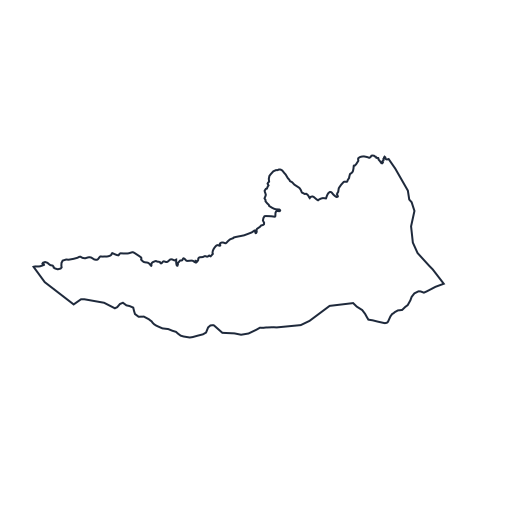 Dalipebinaw, Federated States of Micronesia, rotated 42°
{"feature_id": "79324940B90066431308454", "entity_name": "Dalipebinaw", "entity_type": "district", "adm_level": 2, "iso_a3": "FSM", "parent_name": "Federated States of Micronesia", "parent_adm1": "", "projection": "albers", "projection_center": [138.079, 9.514], "detail": "fine", "context": "isolated", "style": "outline", "palette": "slate", "viewbox_px": 512, "rotation_deg": 42, "n_neighbors": 0, "source": "geoboundaries", "source_scale": "gbopen_adm2", "svg_char_len": 6138}
<svg xmlns="http://www.w3.org/2000/svg" viewBox="0 0 512 512"><g transform="rotate(42 256 256)"><path d="M414.1,151.0L396.2,147.7L391.3,147.4L374.1,145.7L363.6,141.1L351.4,130.2L343.6,116.5L335.7,111.9L332.1,111.5L325.1,105.8L301.1,97.9L289.7,95.2L289.0,96.3L288.3,96.9L287.3,97.1L286.6,96.7L286.2,96.2L285.1,96.2L285.2,97.1L286.0,97.5L285.7,98.6L286.8,99.7L286.5,100.7L286.7,101.4L287.7,101.6L287.8,102.6L287.1,103.1L286.1,102.9L284.8,102.6L282.5,102.3L282.1,101.9L281.3,101.4L280.5,101.9L279.8,102.5L279.3,102.3L278.5,102.1L277.9,102.5L276.7,102.5L275.9,103.0L275.2,103.5L274.7,104.2L274.9,106.1L274.4,107.3L272.8,107.9L271.5,108.6L269.5,109.8L268.2,111.2L267.3,112.5L266.9,113.4L266.6,114.9L266.9,115.5L267.5,116.1L268.1,116.5L268.4,117.0L268.5,117.7L269.0,120.8L268.9,122.8L268.7,123.1L268.3,123.3L268.3,123.6L269.8,125.6L271.1,127.8L271.4,128.6L271.5,129.5L271.4,130.8L271.0,131.9L271.3,132.8L272.2,134.5L272.5,135.1L272.8,135.4L273.0,135.8L273.3,138.0L273.9,139.5L273.9,139.9L273.6,140.3L272.0,141.6L271.7,142.1L271.6,142.5L271.6,144.2L271.6,146.1L272.0,149.4L272.2,150.3L274.2,153.4L274.3,154.5L274.8,155.6L274.8,155.9L276.6,156.7L277.0,157.0L277.0,157.3L276.8,157.7L276.5,158.2L276.0,158.4L274.3,158.6L272.4,158.6L269.9,158.2L269.1,158.3L268.5,158.6L268.1,158.9L267.9,159.6L267.7,160.9L268.0,162.5L268.6,164.3L269.5,166.3L269.1,166.7L268.1,167.3L266.8,168.4L265.9,169.8L265.2,171.4L264.9,172.5L264.9,173.0L264.6,173.2L262.8,173.4L259.4,173.5L258.2,173.9L257.9,174.2L257.0,175.6L257.2,177.0L256.5,176.9L254.3,176.1L252.7,176.0L251.6,176.2L251.0,177.0L250.5,177.4L249.0,177.7L248.3,178.0L247.6,178.1L246.8,177.8L245.5,177.1L243.5,176.5L242.6,176.4L241.8,176.5L236.7,177.3L233.5,177.0L231.2,177.6L229.5,177.0L227.7,176.9L223.5,175.6L221.4,175.4L219.7,175.1L218.2,174.9L216.5,175.3L215.2,176.3L214.6,177.7L213.4,178.8L213.3,179.0L212.2,181.5L212.2,185.6L212.4,187.6L213.2,188.9L213.9,190.1L216.0,192.0L215.9,193.4L216.2,194.5L218.1,195.2L218.2,196.4L219.0,198.6L218.4,199.5L218.6,200.9L218.8,201.8L219.8,202.5L221.0,203.1L222.4,204.0L223.0,205.3L223.5,206.8L223.8,207.5L225.6,208.0L226.5,209.0L229.2,209.4L231.2,209.4L232.3,210.0L235.7,209.4L237.8,208.8L239.5,208.0L240.9,206.9L242.3,205.8L242.9,205.8L243.4,205.9L243.6,206.5L243.6,206.8L243.3,207.1L243.1,207.3L241.7,208.3L241.3,208.7L241.2,209.2L241.2,209.7L241.6,210.9L243.6,213.3L243.8,213.8L243.6,214.3L241.1,216.0L238.6,218.0L236.3,220.0L235.7,220.8L236.1,222.8L236.4,223.3L237.4,225.0L239.8,225.9L240.7,227.1L240.4,228.4L239.4,229.8L239.4,231.8L238.6,235.1L238.8,236.0L239.2,236.5L240.3,237.5L240.6,238.2L240.7,238.9L240.5,239.2L239.9,239.1L238.4,237.9L238.1,237.8L237.8,238.1L237.1,241.2L235.2,245.0L233.2,248.8L232.5,249.7L231.2,251.5L230.1,252.9L228.1,255.6L227.1,257.1L227.0,257.5L227.2,257.9L225.9,260.3L225.5,261.3L225.2,264.0L225.2,265.7L225.0,266.7L224.6,267.1L222.7,267.9L221.7,268.7L221.1,269.7L220.9,270.6L221.1,271.4L221.3,271.6L222.2,271.8L222.4,272.2L222.3,272.4L222.0,272.8L220.3,273.5L219.9,274.0L219.6,274.7L219.5,275.7L219.6,277.7L219.9,279.4L220.4,280.9L221.1,282.1L221.7,282.9L222.5,283.3L222.5,286.6L221.7,286.9L220.9,287.0L220.5,288.7L220.2,289.1L219.8,289.4L218.7,289.9L218.2,290.2L217.9,290.6L217.2,292.3L216.3,293.3L215.4,294.2L214.9,294.9L214.7,295.5L214.7,296.0L214.9,296.6L215.8,297.8L215.9,298.4L216.0,300.0L215.9,300.5L215.2,299.9L214.6,299.8L214.3,300.0L214.8,300.8L214.9,301.3L214.5,301.6L212.8,301.7L212.0,302.0L211.1,302.6L208.5,305.4L207.8,305.9L207.1,306.1L205.2,305.9L203.8,306.1L203.6,306.4L203.6,306.8L204.0,308.5L203.7,309.1L202.9,309.8L202.6,310.3L202.7,312.0L202.5,313.4L203.6,314.5L204.1,315.8L203.8,316.0L203.4,316.0L202.3,315.3L201.1,314.3L199.1,312.1L199.0,312.3L198.5,313.7L197.9,314.0L196.1,314.6L195.3,315.1L194.6,316.0L194.4,317.3L194.3,318.5L194.1,319.5L193.7,320.2L193.1,320.7L191.5,321.4L190.9,321.8L190.6,322.6L190.7,324.1L190.6,324.7L190.3,325.1L189.8,325.2L188.8,324.8L188.5,324.9L187.5,325.4L186.5,326.2L185.0,326.7L184.5,327.4L184.0,328.4L183.4,329.7L183.3,330.5L183.3,331.1L183.5,331.8L184.7,333.1L184.7,333.4L184.1,333.5L183.0,333.2L181.6,333.1L180.3,333.3L179.2,333.9L178.0,334.8L176.7,335.5L175.3,335.7L173.3,335.6L173.0,335.5L172.5,334.6L172.1,334.2L171.7,334.0L171.2,334.0L169.2,334.2L164.0,335.0L162.6,335.3L161.8,335.7L161.2,336.5L159.7,339.0L158.9,340.0L156.3,342.4L153.7,344.5L153.4,344.8L153.2,345.8L153.2,346.2L153.4,347.2L153.3,347.6L151.9,348.4L150.1,349.1L147.3,350.0L147.2,350.2L147.2,350.7L147.6,351.5L147.6,352.5L147.3,353.5L146.5,354.9L145.6,356.1L144.9,356.8L144.1,357.4L142.1,359.4L141.0,360.1L140.6,360.6L140.5,361.6L140.7,363.9L140.6,364.7L140.2,365.3L139.6,365.9L138.1,366.8L134.6,367.4L133.2,368.2L132.2,369.3L131.6,370.3L130.5,372.1L128.3,373.5L126.0,374.0L125.2,374.9L124.5,376.8L122.3,380.2L119.2,384.2L117.3,385.6L115.4,388.8L116.1,391.3L117.8,393.4L119.2,394.6L119.2,396.1L117.6,398.5L115.1,399.7L114.0,399.9L113.4,400.0L112.7,399.4L111.3,399.2L109.3,400.4L107.4,400.6L105.6,400.6L103.3,401.6L102.2,403.5L102.4,404.6L103.5,404.9L104.7,403.7L103.7,405.9L102.4,408.2L101.1,409.6L99.2,411.2L98.1,412.5L97.9,412.9L116.5,416.8L152.9,414.0L154.9,405.3L157.4,403.0L174.4,392.4L186.1,389.3L187.1,386.9L187.0,382.7L188.4,379.8L192.7,379.4L195.5,377.8L199.3,376.5L202.2,378.5L204.9,380.1L209.4,379.7L213.2,376.1L218.7,374.7L220.7,374.6L222.1,374.4L223.8,374.8L226.0,374.9L228.4,374.5L231.0,373.7L234.9,372.4L239.7,369.0L243.9,367.5L247.3,365.9L250.0,365.9L253.3,365.6L256.0,364.3L258.2,362.9L261.3,360.9L263.2,358.6L266.0,354.2L269.0,349.7L270.1,346.3L268.2,341.1L268.6,338.1L270.4,336.1L271.3,335.7L282.4,335.6L291.8,327.9L297.6,324.5L302.3,318.6L305.6,310.6L306.9,306.7L309.6,304.4L310.9,302.8L313.1,300.7L315.0,298.8L316.8,297.1L319.1,295.3L335.5,277.4L339.2,268.4L344.1,243.8L359.7,226.0L364.7,226.2L371.1,225.1L375.8,226.0L379.2,227.2L382.1,228.1L385.8,225.7L390.2,223.4L396.4,219.9L397.3,219.0L398.0,217.8L398.1,216.6L396.3,210.9L396.0,208.0L396.5,206.5L396.7,204.8L397.9,201.4L398.6,200.7L400.7,198.3L401.0,193.9L401.6,191.0L400.4,185.7L399.0,182.2L398.7,177.8L400.4,173.5L402.0,172.2L405.3,170.9L406.5,168.2L410.0,158.8L414.1,151.0Z" fill="none" stroke="#1e293b" stroke-width="2"/></g></svg>